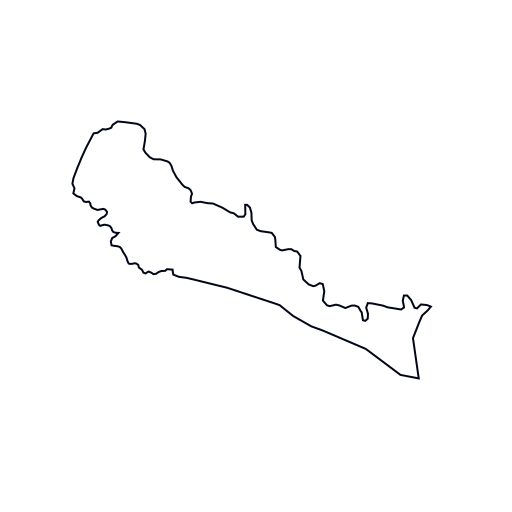 As Suki, Sennar, Sudan, rotated 147°
{"feature_id": "16777658B86319641369334", "entity_name": "As Suki", "entity_type": "district", "adm_level": 2, "iso_a3": "SDN", "parent_name": "Sudan", "parent_adm1": "Sennar", "projection": "robinson", "projection_center": [34.157, 12.992], "detail": "fine", "context": "isolated", "style": "outline", "palette": "ink", "viewbox_px": 512, "rotation_deg": 147, "n_neighbors": 0, "source": "geoboundaries", "source_scale": "gbopen_adm2", "svg_char_len": 2660}
<svg xmlns="http://www.w3.org/2000/svg" viewBox="0 0 512 512"><g transform="rotate(147 256 256)"><path d="M304.5,444.1L305.5,443.7L305.8,443.6L307.5,442.4L309.8,442.8L313.1,443.9L315.5,445.9L317.9,445.8L321.7,445.6L325.4,447.3L325.6,447.2L338.2,440.1L340.1,439.0L349.2,433.2L353.3,430.3L357.6,427.4L366.8,420.6L370.6,416.6L371.4,411.7L372.2,410.8L375.1,408.0L373.7,403.9L371.0,400.5L370.6,398.7L370.7,395.6L369.2,393.9L366.5,392.6L366.3,390.5L367.2,388.5L367.2,386.0L366.1,383.9L363.8,380.9L361.0,379.8L358.3,378.6L357.2,377.1L356.9,374.1L358.5,372.5L361.5,371.7L363.4,372.0L365.9,372.1L368.6,371.6L370.2,370.8L370.7,367.5L370.2,366.1L368.2,365.6L365.9,364.7L363.4,362.3L362.3,360.7L362.0,358.4L362.7,355.8L362.6,354.0L361.3,352.1L358.8,350.3L363.1,349.1L366.8,349.4L369.9,347.2L371.3,343.6L369.7,342.0L366.8,339.6L365.3,337.7L364.9,335.6L365.3,331.5L365.3,327.9L365.5,325.3L366.6,321.6L366.9,319.0L365.8,317.9L364.0,316.8L362.1,316.2L360.5,314.9L359.6,312.6L360.5,310.1L359.1,306.5L359.5,303.4L358.1,301.5L356.1,301.6L354.5,301.4L352.9,299.1L351.9,296.7L349.5,295.5L346.5,295.6L343.6,295.0L340.2,293.0L337.8,293.4L333.4,290.0L334.4,288.0L335.5,285.4L332.0,280.5L325.9,275.3L297.7,245.3L265.8,205.6L263.0,202.0L257.5,185.4L248.0,167.0L240.8,157.4L214.5,118.2L199.6,77.6L186.2,64.7L169.1,101.6L155.4,111.4L149.1,115.6L141.5,116.9L136.9,118.3L139.3,121.7L144.0,125.5L149.5,124.4L151.2,126.2L149.9,134.6L150.7,140.5L153.5,142.3L157.3,138.5L159.1,133.9L159.9,132.2L163.4,132.1L173.6,141.3L176.5,145.2L184.5,153.0L187.9,155.6L191.7,152.7L193.6,146.5L196.4,142.6L199.7,142.1L201.3,143.9L198.0,151.3L198.2,152.3L197.9,157.7L200.4,160.9L203.1,162.4L209.4,163.7L213.0,169.1L215.4,171.6L221.5,173.8L223.3,175.9L224.2,182.1L217.9,189.3L215.3,196.1L217.4,198.5L222.4,198.7L224.4,199.5L227.3,203.5L229.1,210.6L226.1,218.5L226.0,219.9L225.8,222.6L218.7,231.8L218.9,235.3L219.0,237.1L219.7,238.1L220.6,238.7L221.4,239.7L222.6,242.4L225.1,244.1L230.9,246.4L232.3,247.7L234.5,252.7L230.9,259.2L229.8,261.7L230.2,266.8L232.5,269.0L238.6,274.3L241.0,277.6L241.0,284.4L240.2,288.3L236.3,294.7L234.7,300.0L235.6,303.7L237.2,304.8L242.2,296.8L244.9,295.7L249.6,298.7L251.3,303.8L253.9,306.7L254.7,308.2L257.8,314.7L263.4,323.3L268.2,327.0L272.9,331.6L278.5,334.4L280.8,335.0L281.3,337.2L278.2,341.2L275.7,343.1L275.0,346.8L275.7,349.6L278.2,352.8L278.9,355.7L279.4,361.3L279.8,365.5L279.2,372.8L277.8,377.8L277.7,381.2L278.7,383.5L283.4,389.0L289.2,392.9L291.3,396.6L292.5,403.0L292.3,406.7L286.4,413.1L281.9,418.7L280.4,423.1L281.2,426.2L281.9,429.0L283.8,431.7L293.0,439.6L298.8,444.2L304.0,444.1L304.3,444.1L304.5,444.1Z" fill="none" stroke="#020617" stroke-width="2"/></g></svg>